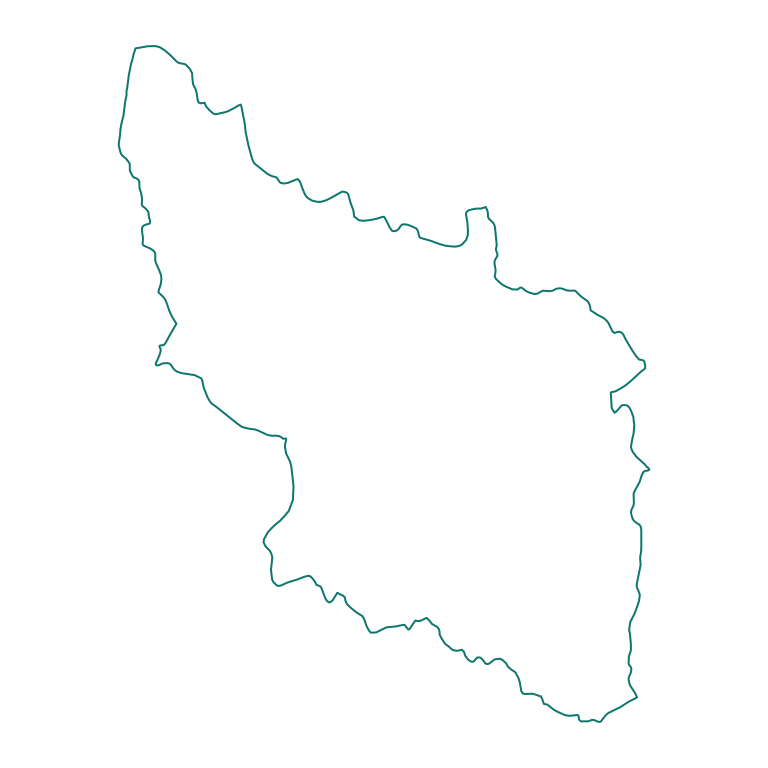 the district of Khanh Son, Khánh Hòa, Vietnam
{"feature_id": "81297802B29051358194838", "entity_name": "Khanh Son", "entity_type": "district", "adm_level": 2, "iso_a3": "VNM", "parent_name": "Vietnam", "parent_adm1": "Khánh Hòa", "projection": "natural_earth1", "projection_center": [108.898, 12.037], "detail": "fine", "context": "isolated", "style": "outline", "palette": "teal", "viewbox_px": 768, "rotation_deg": 0, "n_neighbors": 0, "source": "geoboundaries", "source_scale": "gbopen_adm2", "svg_char_len": 6102}
<svg xmlns="http://www.w3.org/2000/svg" viewBox="0 0 768 768"><path d="M637.0,697.3L635.2,693.3L629.9,685.1L629.0,681.6L628.6,679.0L629.0,676.8L630.8,672.7L631.3,670.1L631.3,668.6L630.6,666.7L629.2,665.0L628.6,663.4L628.9,656.4L630.9,650.3L630.9,644.3L629.9,633.4L629.1,629.9L630.3,621.9L634.4,614.0L637.2,606.5L639.0,601.1L639.7,596.0L639.7,594.1L636.7,586.7L636.8,584.0L640.6,565.0L640.1,557.5L641.1,551.7L641.3,545.9L641.3,531.1L641.1,528.0L640.4,526.1L639.2,524.5L636.5,522.9L633.8,520.6L632.6,518.7L631.6,515.6L631.0,512.4L631.5,509.6L633.4,505.9L633.9,502.9L633.6,494.1L634.2,491.8L639.7,481.8L641.5,475.9L643.2,472.2L645.1,470.8L647.6,470.7L649.2,469.7L649.2,469.2L648.2,467.9L646.4,466.5L645.0,464.6L636.5,456.9L632.6,451.7L631.3,448.5L631.0,446.6L632.1,440.0L633.6,433.3L634.3,425.6L633.3,416.8L631.1,410.9L629.1,407.1L626.8,405.3L622.9,405.0L621.2,405.9L618.5,409.2L615.8,411.9L614.5,412.6L611.7,408.1L610.8,393.0L611.2,392.2L615.6,391.3L624.5,386.1L629.6,382.1L641.7,371.0L644.4,369.1L645.2,368.1L645.1,365.6L644.5,362.0L643.5,360.6L642.2,360.0L639.3,359.6L636.3,356.5L632.7,351.1L627.5,342.5L625.6,339.3L623.4,334.7L621.5,332.5L618.7,331.7L614.5,333.0L612.5,331.5L608.3,322.8L606.8,320.9L603.9,318.2L597.5,314.8L590.7,310.4L589.9,305.7L588.9,303.2L587.7,301.3L581.1,296.5L575.8,291.3L574.7,290.6L569.5,290.7L566.4,290.3L562.0,288.5L558.6,288.3L555.8,289.0L552.8,290.6L549.8,291.2L543.1,290.7L540.3,291.9L537.7,293.6L534.5,294.0L529.8,292.8L526.3,291.2L521.8,287.8L520.7,287.6L519.7,287.9L517.7,289.5L512.4,289.4L505.3,286.3L501.5,284.1L496.1,279.1L494.6,276.5L495.2,274.9L495.6,269.8L494.6,264.3L494.5,261.6L495.4,259.2L497.1,256.6L497.5,254.3L496.0,250.0L496.0,248.3L496.7,245.9L496.6,244.0L495.0,227.4L494.5,225.4L493.2,222.8L488.8,218.7L488.1,217.1L487.7,211.5L485.8,207.1L480.8,208.6L476.5,208.6L471.8,209.4L468.5,210.4L466.8,211.7L466.0,213.2L466.1,215.4L467.3,221.6L467.9,229.8L467.8,234.9L466.2,239.9L462.0,244.5L459.4,245.9L455.7,246.6L451.2,246.4L445.5,245.7L439.2,243.9L430.2,240.6L420.4,237.9L419.6,237.2L419.0,235.9L418.2,231.9L417.3,229.7L415.7,228.1L410.8,225.9L407.1,224.6L404.0,224.3L402.1,224.6L400.7,225.9L398.4,229.2L396.5,230.6L395.0,231.1L393.3,231.1L391.9,230.6L389.7,227.4L385.0,218.1L384.1,216.9L382.8,216.8L376.1,218.9L368.6,220.3L362.9,220.8L359.0,220.2L354.2,216.6L353.3,210.1L350.8,203.5L348.2,194.1L346.8,192.7L344.1,191.8L341.9,191.7L331.7,197.5L326.4,200.2L320.7,201.9L316.6,201.7L312.1,200.6L308.0,198.2L305.9,196.0L304.5,193.5L302.3,188.1L300.1,181.9L299.1,180.3L297.7,179.2L296.6,179.4L287.6,183.0L283.9,183.5L281.0,183.0L279.7,182.1L276.9,177.9L276.0,177.2L271.8,176.1L267.7,174.1L255.4,164.3L253.9,162.8L252.0,158.6L248.2,144.5L245.6,131.7L244.7,123.6L241.4,106.5L240.7,104.7L238.2,105.6L235.3,107.4L228.0,111.3L224.2,112.4L216.1,114.2L214.3,114.0L212.9,113.2L209.4,110.2L206.1,106.4L204.6,102.8L200.6,103.3L198.6,102.5L197.5,99.3L197.0,95.1L196.0,90.3L193.0,84.0L192.2,76.0L192.1,73.2L189.9,69.0L186.3,65.0L184.8,64.1L178.9,63.0L176.5,61.4L170.8,55.6L165.2,50.7L160.3,47.5L156.7,46.3L153.5,46.1L147.6,46.3L135.5,48.4L133.3,55.3L132.4,59.5L131.0,64.0L128.7,75.8L127.1,88.8L126.5,90.9L126.5,95.5L125.3,100.9L123.4,115.8L121.3,124.3L120.5,128.9L120.0,135.3L118.8,143.1L118.8,145.7L120.5,152.5L121.6,154.7L123.4,156.6L126.0,158.6L128.4,161.7L129.8,164.1L129.8,169.2L130.0,171.1L132.8,176.5L133.9,177.5L136.5,178.4L138.5,179.9L139.3,181.7L139.5,188.0L141.1,193.1L141.9,197.5L142.1,200.3L141.7,204.5L142.5,206.1L145.3,208.3L147.6,210.7L148.4,212.3L149.1,218.0L150.1,220.3L150.1,222.4L149.8,223.2L148.9,223.9L146.5,224.4L143.9,225.5L142.8,226.4L142.1,227.9L142.0,229.3L142.3,233.6L143.0,237.9L142.6,243.8L142.8,244.7L143.9,245.7L149.6,248.2L152.7,250.1L154.3,251.5L154.9,252.7L155.3,254.3L155.2,259.6L155.5,261.6L156.5,264.3L158.3,268.1L160.5,273.5L161.3,277.2L161.4,279.2L160.8,284.1L158.5,291.2L158.7,292.6L163.2,296.9L165.3,299.8L166.8,303.4L169.5,311.4L172.4,317.3L176.4,323.7L170.7,333.5L165.7,342.6L164.0,344.9L159.9,345.6L159.4,346.4L160.7,349.4L160.6,351.3L159.5,355.1L155.8,363.5L156.0,364.8L156.7,365.4L158.4,365.4L163.0,363.3L167.4,363.1L169.2,363.5L170.9,364.8L174.1,369.5L177.0,371.6L181.4,373.1L194.6,375.1L201.4,378.4L202.3,381.1L202.4,380.6L203.1,385.1L203.9,388.1L207.4,396.9L209.9,401.4L211.6,403.5L217.0,407.4L237.0,423.4L242.0,427.0L249.0,428.7L255.1,429.5L258.2,430.6L267.1,434.8L272.0,435.8L275.5,435.6L279.0,436.1L280.9,436.9L282.9,438.6L286.0,438.6L286.2,439.9L285.3,443.2L284.9,446.8L286.2,453.6L289.9,461.4L291.2,465.8L292.2,474.1L293.5,486.4L292.9,500.0L288.7,511.1L284.1,516.5L280.0,520.9L275.9,524.1L271.9,527.9L267.8,532.3L264.0,539.3L263.6,542.2L265.3,546.0L269.9,550.9L271.5,554.0L272.3,557.6L271.0,570.0L272.1,579.3L273.2,581.8L276.1,584.8L277.6,585.8L280.2,585.8L287.6,582.5L297.3,579.5L304.2,576.8L308.1,575.8L309.8,576.1L310.9,576.8L312.7,578.7L315.1,582.0L316.4,584.7L317.1,585.2L318.1,585.3L321.0,586.9L325.4,598.5L327.2,601.2L329.1,602.3L330.5,602.1L332.7,600.2L337.2,593.0L337.7,593.0L343.0,595.7L344.9,597.4L345.4,600.6L346.9,604.0L349.9,607.0L356.0,612.1L362.4,616.1L364.1,619.0L366.7,626.4L369.2,630.9L370.7,632.5L372.9,632.7L376.4,632.3L386.6,627.3L396.1,626.4L403.2,624.9L404.5,624.9L408.1,629.3L409.4,629.3L414.2,622.1L415.4,620.6L418.6,621.2L421.0,620.6L426.5,617.9L428.7,619.8L432.0,624.0L436.9,626.7L439.0,629.2L439.5,631.4L439.7,634.7L441.4,638.1L445.0,643.8L449.2,646.8L450.2,648.0L452.9,650.1L456.4,650.8L459.9,650.3L461.8,649.8L463.9,651.7L465.3,655.9L467.9,659.3L470.3,661.2L472.1,661.8L473.6,661.6L477.1,657.6L479.3,657.4L480.6,657.8L483.2,660.3L485.4,663.5L487.6,664.1L489.0,663.7L494.4,659.5L497.9,658.9L500.4,658.9L502.6,660.1L506.1,663.3L508.2,666.9L511.3,669.6L515.0,672.0L515.9,673.2L518.4,677.9L519.8,682.4L521.3,691.2L523.0,693.6L525.2,694.0L532.8,693.7L541.0,696.5L542.2,699.0L543.9,703.9L547.4,704.6L553.8,709.7L557.3,711.7L565.1,715.2L569.7,715.8L577.5,715.0L578.5,715.9L579.1,719.7L581.1,721.4L588.3,721.3L592.2,719.8L594.6,720.2L597.8,721.7L599.7,721.9L600.8,721.5L605.4,715.6L608.1,713.1L620.0,707.3L629.2,701.4L635.5,698.3L637.0,697.3Z" fill="none" stroke="#0f766e" stroke-width="2"/></svg>